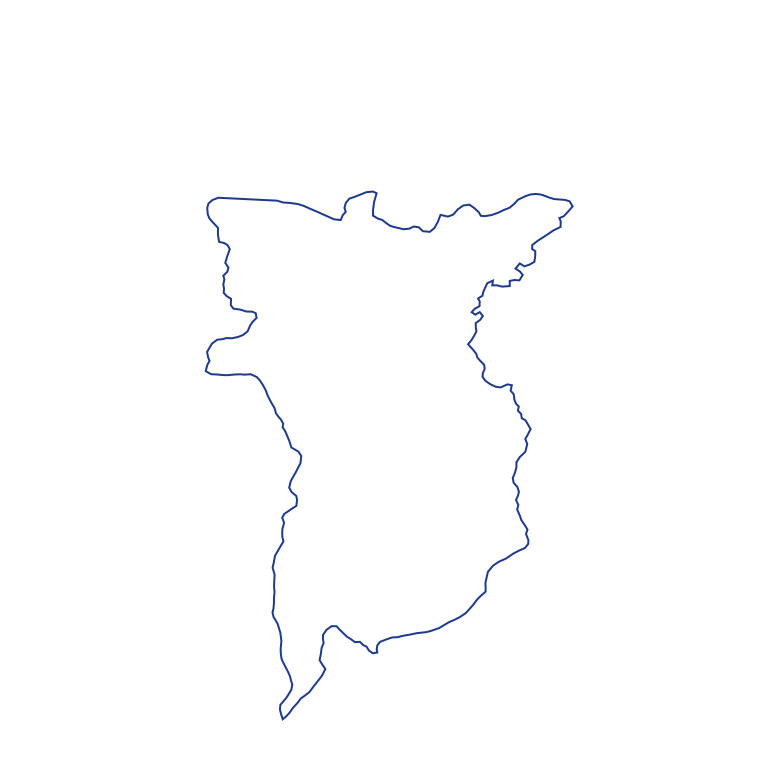 Ituverava, São Paulo, Brazil, rotated 61°
{"feature_id": "56859067B5910170825055", "entity_name": "Ituverava", "entity_type": "district", "adm_level": 2, "iso_a3": "BRA", "parent_name": "Brazil", "parent_adm1": "São Paulo", "projection": "equal_earth", "projection_center": [-47.81, -20.319], "detail": "fine", "context": "isolated", "style": "outline", "palette": "blue", "viewbox_px": 768, "rotation_deg": 61, "n_neighbors": 0, "source": "geoboundaries", "source_scale": "gbopen_adm2", "svg_char_len": 4257}
<svg xmlns="http://www.w3.org/2000/svg" viewBox="0 0 768 768"><g transform="rotate(61 384 384)"><path d="M314.2,133.1L310.7,136.5L307.8,140.9L304.6,145.7L300.7,149.4L297.2,152.3L294.2,155.1L291.3,159.3L289.3,163.8L288.3,169.0L287.8,177.4L289.5,182.5L290.7,188.6L289.9,195.0L289.5,201.4L288.3,208.3L286.1,214.4L283.8,217.8L279.8,217.8L274.0,219.7L268.6,222.3L266.3,228.1L267.0,234.6L269.4,241.4L268.6,246.9L263.5,252.6L268.3,258.3L272.1,264.4L273.1,270.2L269.2,275.9L263.8,277.6L260.7,281.6L260.4,286.6L258.1,291.9L255.2,295.0L251.8,298.9L248.5,302.0L244.0,304.2L239.5,306.1L236.5,309.1L231.4,312.0L226.0,308.9L219.9,304.3L213.6,298.0L210.3,300.4L207.7,306.4L206.1,318.8L205.1,324.5L207.1,329.6L210.8,333.2L214.9,334.0L216.3,338.2L219.6,342.4L215.7,347.9L209.3,352.7L201.4,358.6L195.1,363.5L189.1,368.0L184.7,372.3L179.6,379.1L176.4,384.2L171.9,388.5L140.8,438.6L139.9,444.9L141.1,450.1L144.2,453.2L150.2,455.9L154.4,456.4L158.2,455.7L166.9,453.5L173.0,456.9L179.7,459.3L183.3,455.4L186.7,453.5L191.3,453.5L196.2,459.1L201.1,464.1L206.7,463.6L209.9,466.6L211.4,472.1L214.9,472.8L219.4,476.5L222.9,477.6L226.6,480.0L230.6,479.1L235.4,476.5L240.8,479.8L245.2,479.1L249.1,473.8L253.9,469.2L256.9,464.1L259.9,461.9L264.4,463.4L266.0,468.9L268.0,472.8L271.8,477.7L272.8,483.6L272.1,488.8L270.3,494.8L267.5,499.4L266.4,503.7L264.4,508.4L265.3,514.9L267.6,518.9L270.2,523.2L275.4,524.9L279.2,525.4L281.5,529.1L286.3,533.7L291.6,530.5L295.0,525.0L297.9,520.9L300.4,516.6L303.4,509.8L306.0,504.7L308.2,501.5L310.8,495.9L316.2,491.9L320.4,490.9L326.1,490.4L332.4,490.5L337.8,491.4L345.9,491.6L352.0,491.4L357.2,492.7L361.4,492.2L365.2,491.4L369.8,491.4L372.7,493.6L377.6,493.3L388.3,494.5L394.6,495.8L401.7,491.6L406.9,491.3L412.8,495.5L415.8,500.1L418.4,503.9L420.7,507.8L423.8,512.7L428.7,517.2L433.8,517.2L439.4,515.0L443.0,516.1L448.1,519.7L448.4,524.9L449.3,534.3L451.5,537.8L457.0,538.7L461.5,543.1L465.7,545.7L468.9,547.2L473.0,548.3L475.2,552.3L481.4,562.6L486.5,566.8L490.7,570.5L497.7,572.1L502.6,575.2L508.1,578.5L512.7,580.5L518.0,584.1L522.3,586.5L526.8,589.5L529.8,592.3L534.0,593.5L542.0,593.3L551.1,595.2L559.0,598.3L565.4,602.7L569.6,604.9L574.6,606.8L578.5,607.2L589.5,607.5L594.4,608.0L598.8,609.2L602.5,610.0L606.5,613.3L609.2,618.0L611.3,622.0L614.4,630.2L618.2,632.8L623.0,634.1L628.1,635.1L627.3,630.7L625.7,625.9L623.2,620.8L621.0,614.3L618.8,609.5L618.1,603.9L617.3,598.6L614.4,592.3L611.5,585.3L609.0,579.6L604.9,573.5L599.3,574.0L594.2,574.2L590.0,570.5L584.6,566.5L581.3,562.4L577.6,561.1L573.9,559.0L571.1,553.4L570.4,547.2L572.9,542.9L576.9,542.0L581.5,540.6L587.1,538.9L591.2,536.6L595.7,534.6L597.9,530.0L602.2,528.8L605.3,526.6L609.8,526.4L614.1,524.3L615.6,520.1L612.4,518.9L609.4,516.6L607.6,512.4L608.7,504.7L609.6,499.8L612.1,494.7L613.2,490.2L615.7,483.0L617.9,475.9L621.5,467.4L622.7,462.6L624.2,454.3L623.8,442.6L624.4,436.9L624.6,430.6L624.0,423.5L620.6,413.6L617.6,406.9L616.1,401.6L614.9,395.8L610.9,393.6L607.1,391.7L603.8,388.8L598.7,384.2L595.8,376.9L595.1,370.2L595.8,361.7L595.0,353.0L595.2,346.2L595.8,340.4L593.8,335.4L590.5,333.4L584.0,332.5L580.9,329.1L575.5,329.3L569.9,329.9L565.7,329.1L558.4,328.4L554.8,325.1L549.5,324.8L546.3,320.6L543.6,318.2L538.7,317.3L533.2,318.5L528.7,317.0L525.3,312.7L521.1,308.6L516.6,306.1L513.7,300.6L511.8,293.2L505.9,287.8L500.6,287.1L498.3,283.3L494.5,277.6L489.6,277.7L484.2,277.9L480.8,280.1L476.7,278.6L472.2,279.8L469.0,277.0L465.3,278.1L461.1,277.6L455.9,275.5L451.3,276.5L447.0,272.8L444.2,276.2L443.5,283.7L440.4,287.8L435.6,291.2L430.3,293.8L425.4,294.3L422.4,292.2L419.4,288.5L415.7,287.1L411.2,288.4L406.4,289.5L402.2,288.7L397.2,289.5L390.0,291.2L387.8,285.8L385.1,281.1L382.7,277.6L379.5,276.5L375.2,274.3L374.5,268.7L372.5,264.6L367.5,265.4L367.7,270.5L363.7,272.5L362.2,268.2L362.2,262.7L358.1,260.2L354.8,260.3L354.5,255.1L351.6,252.5L348.7,248.7L345.9,244.8L346.4,238.6L350.2,241.5L352.5,237.3L356.1,233.5L359.3,226.5L354.8,224.0L356.2,219.7L359.0,215.3L355.9,209.8L351.8,210.5L346.8,213.0L344.4,206.8L349.1,204.2L350.1,199.2L350.1,193.3L345.1,189.5L341.1,187.3L337.7,189.0L334.3,186.9L333.2,179.5L332.4,168.0L331.8,161.0L332.3,153.5L327.5,150.6L323.9,150.2L324.4,145.4L322.1,138.3L320.1,132.9L314.2,133.1Z" fill="none" stroke="#1e3a8a" stroke-width="2"/></g></svg>